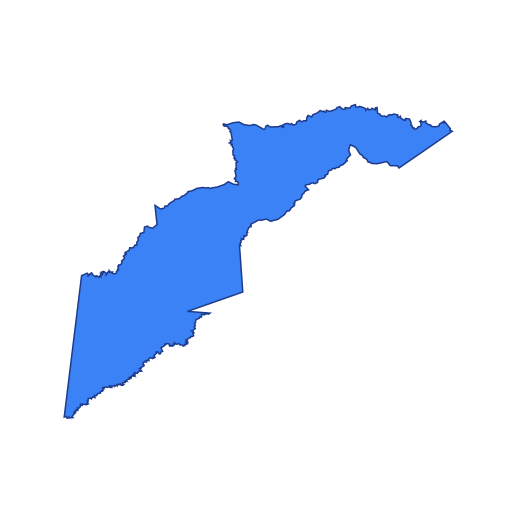 outline of La Montañita, Caquetá, Colombia, rotated 83°
{"feature_id": "7082276B18236401251587", "entity_name": "La Montañita", "entity_type": "district", "adm_level": 2, "iso_a3": "COL", "parent_name": "Colombia", "parent_adm1": "Caquetá", "projection": "robinson", "projection_center": [-75.265, 1.373], "detail": "fine", "context": "isolated", "style": "filled", "palette": "blue", "viewbox_px": 512, "rotation_deg": 83, "n_neighbors": 0, "source": "geoboundaries", "source_scale": "gbopen_adm2", "svg_char_len": 6130}
<svg xmlns="http://www.w3.org/2000/svg" viewBox="0 0 512 512"><g transform="rotate(83 256 256)"><path d="M120.9,272.0L121.5,272.6L123.4,271.7L123.3,270.2L124.5,268.1L126.3,267.8L126.4,266.7L128.3,265.9L129.3,266.8L130.0,265.8L138.0,265.4L138.8,266.0L138.3,267.1L139.6,266.6L140.5,268.6L141.0,267.4L142.6,267.1L142.4,266.0L143.9,266.3L147.2,265.1L148.8,266.2L153.1,266.4L154.2,264.9L156.0,266.0L157.0,264.6L157.9,265.3L160.2,262.8L161.0,264.5L165.9,264.8L166.8,265.7L167.8,264.8L168.7,266.5L174.5,266.0L176.7,268.1L177.7,266.7L179.4,267.3L180.0,265.3L181.1,264.6L183.1,264.9L182.0,269.7L178.9,274.4L181.2,278.7L182.8,286.0L183.2,293.9L182.2,295.3L182.5,296.9L181.5,300.5L181.7,306.5L183.5,311.7L183.8,315.6L185.3,316.8L187.4,320.3L187.7,322.5L189.7,325.1L189.8,329.8L190.9,330.3L193.2,335.4L195.6,337.8L195.3,340.2L197.4,341.4L197.6,345.2L193.4,350.1L212.7,350.4L215.8,355.2L214.3,359.1L213.1,360.0L213.7,363.2L219.0,364.4L219.5,368.1L222.1,369.0L223.1,371.0L226.0,370.9L227.8,372.6L230.7,373.0L230.3,374.6L232.9,377.0L232.5,380.4L235.0,381.2L236.5,385.4L238.0,384.7L238.0,385.7L238.7,385.2L240.0,387.6L241.1,386.7L242.5,387.1L244.7,390.1L246.3,389.9L247.8,391.0L248.4,392.3L248.0,393.1L249.6,394.4L250.4,393.8L252.6,395.0L253.1,394.3L254.5,396.5L255.8,396.6L256.5,397.9L256.2,399.5L255.4,400.8L254.5,400.2L254.2,402.5L252.8,403.4L254.3,403.5L253.6,404.6L256.3,406.9L254.8,406.7L252.7,409.1L253.1,411.0L253.8,410.4L253.9,411.3L254.6,411.1L254.4,410.3L255.7,411.0L254.5,412.4L257.9,412.5L256.9,413.6L258.1,414.5L256.3,416.2L256.3,417.4L257.1,417.6L255.0,420.2L252.0,421.5L253.6,421.4L253.6,423.2L255.1,424.2L255.2,425.1L254.3,424.5L252.5,425.6L254.2,431.5L392.5,466.0L392.0,464.2L393.6,463.5L393.1,462.0L393.9,462.6L394.1,457.4L392.9,458.2L391.0,456.0L389.2,455.6L389.9,454.8L389.4,453.7L389.3,455.0L388.0,454.6L388.4,453.9L387.5,453.4L387.5,452.5L386.6,452.9L387.0,451.5L385.0,451.6L385.6,450.7L384.8,449.3L382.4,448.5L383.3,448.1L381.8,446.9L382.8,446.4L382.0,445.7L382.9,442.5L382.5,441.2L382.1,442.2L381.6,440.7L379.5,441.2L379.6,440.3L377.1,440.0L376.9,437.3L377.8,436.9L375.9,435.2L376.9,433.1L374.8,433.3L375.1,431.3L373.3,429.9L373.1,427.1L371.9,427.0L371.3,425.3L370.2,425.4L371.3,424.8L370.5,424.0L368.4,424.3L368.9,423.0L367.9,423.4L367.6,420.8L368.3,419.9L368.0,417.7L367.3,417.3L368.7,416.8L368.8,415.8L368.1,416.7L367.1,415.3L367.7,414.6L367.3,412.5L368.2,412.2L367.0,410.0L368.0,409.5L366.2,408.4L367.0,407.3L366.5,406.2L367.8,405.7L368.1,403.9L367.5,403.0L366.8,404.3L365.9,403.8L364.9,401.9L365.6,402.0L365.5,401.1L364.0,400.5L364.4,399.6L363.8,400.0L362.6,397.9L362.9,396.7L361.4,396.7L362.2,395.1L360.9,394.3L360.7,395.3L359.8,393.3L360.5,391.4L359.9,391.9L359.5,390.5L358.6,390.8L358.6,391.7L357.8,390.3L357.6,391.2L356.8,390.8L358.0,388.2L356.0,386.0L356.3,384.1L355.6,384.8L355.5,384.1L354.9,384.6L353.5,383.9L353.3,384.9L351.3,380.5L350.4,380.4L349.7,381.6L347.9,380.8L347.7,379.2L346.7,378.7L347.8,377.5L346.2,376.9L346.7,375.1L345.8,375.5L344.1,373.4L344.7,372.1L344.2,369.7L344.9,370.2L344.5,368.7L342.7,369.5L340.3,366.6L339.3,366.9L339.0,365.4L341.3,364.2L341.4,362.7L339.9,362.5L339.3,360.3L335.5,361.5L334.1,358.1L332.0,356.7L332.1,355.8L332.8,356.2L332.0,354.5L332.6,353.1L334.1,352.9L334.3,351.3L334.9,352.0L335.3,349.8L334.2,347.9L333.4,348.5L333.2,347.3L332.3,347.3L333.8,345.9L333.8,342.7L335.0,342.3L335.2,340.5L336.5,339.3L335.7,338.2L336.2,337.6L335.1,337.4L335.0,335.2L334.2,334.4L333.5,335.8L333.0,334.6L332.4,335.9L331.8,335.1L330.8,335.6L331.3,334.5L329.7,333.5L328.9,330.9L328.0,330.7L328.1,328.4L327.3,327.6L325.0,328.0L324.6,327.0L322.7,328.9L322.8,327.6L321.4,326.8L320.7,325.1L318.6,325.9L317.8,324.7L315.4,325.3L315.0,324.2L312.1,323.6L310.7,319.7L309.6,319.1L310.0,317.6L307.4,317.1L308.0,314.4L307.0,314.0L307.7,312.8L307.1,311.9L307.9,310.3L307.1,308.7L302.6,330.8L290.1,273.5L243.5,271.1L243.9,269.9L241.4,270.3L240.6,269.1L238.7,269.2L238.0,267.6L237.2,268.1L237.9,266.2L234.4,265.4L235.2,264.5L234.2,262.4L231.9,262.4L231.6,261.5L231.0,261.9L227.1,259.9L226.6,258.5L225.2,257.8L225.8,257.2L223.7,257.0L220.5,248.6L221.2,246.7L220.6,240.9L223.3,237.4L222.3,229.8L218.3,222.6L215.3,220.1L215.1,217.2L212.4,215.1L211.0,212.1L209.8,211.4L208.6,212.3L208.0,210.9L206.2,210.7L204.8,205.0L202.9,203.3L200.9,203.0L199.6,200.9L197.7,199.7L196.7,195.8L192.6,198.8L191.4,197.7L191.3,194.0L190.1,191.5L191.4,188.7L190.5,186.1L187.6,184.9L186.9,179.2L185.6,177.4L184.4,177.7L183.6,175.0L180.4,173.7L179.7,170.5L178.4,169.5L179.0,166.8L178.1,165.7L178.0,162.7L176.3,161.0L176.1,158.9L173.7,155.4L172.6,155.1L172.7,153.9L170.6,154.2L167.2,149.9L162.2,151.2L157.0,148.8L160.5,143.7L167.3,140.5L169.5,137.9L171.1,137.6L173.5,134.3L176.5,133.2L177.0,131.1L178.1,130.3L179.2,124.7L178.2,114.6L182.7,111.7L183.7,104.5L186.1,103.4L156.1,46.0L154.8,48.4L153.4,47.5L145.1,52.8L145.4,53.6L146.7,53.2L146.0,55.0L147.3,57.6L149.2,58.7L149.7,61.1L149.0,65.6L146.9,67.2L146.7,68.9L144.3,71.2L142.8,71.0L143.4,73.8L142.7,75.5L141.6,75.6L142.5,77.1L143.1,76.3L145.7,76.1L147.4,76.8L147.5,79.1L149.4,81.2L149.3,83.3L147.9,83.6L147.8,85.2L145.3,85.3L145.0,86.3L142.3,85.9L138.8,87.0L137.7,90.6L138.4,91.4L139.4,91.1L139.6,92.1L136.8,95.5L134.9,95.7L135.8,97.7L135.1,98.6L133.3,98.0L131.8,102.2L132.4,103.3L132.1,107.0L133.9,109.4L132.8,111.1L132.4,114.5L130.0,116.0L129.1,118.0L123.4,117.7L123.5,119.4L125.5,119.8L123.5,123.1L124.7,124.4L124.6,126.2L123.0,127.1L124.8,129.2L122.9,129.5L120.8,133.2L120.1,135.1L120.8,137.4L120.3,138.8L117.9,138.8L118.6,142.9L120.7,144.8L119.6,149.4L121.1,149.2L120.9,152.2L118.0,154.6L118.5,157.4L119.7,158.3L120.6,160.9L121.5,165.2L119.9,168.4L121.6,169.0L121.8,170.1L120.4,170.9L120.7,172.8L119.4,174.5L121.5,177.8L122.8,182.6L124.8,183.7L122.8,187.2L124.6,188.6L127.9,189.4L127.6,192.2L128.4,194.3L126.6,196.3L128.0,199.2L130.0,200.0L130.6,203.3L128.8,204.5L129.7,206.1L128.3,208.1L128.3,210.8L129.5,214.0L131.2,212.7L131.7,213.4L129.8,216.0L130.4,218.0L129.7,226.1L127.6,228.7L128.5,230.5L131.1,231.5L131.4,232.6L126.1,239.9L125.1,242.9L125.9,245.8L124.2,251.8L121.0,256.5L120.9,262.1L122.2,269.1L120.9,272.0Z" fill="#3b82f6" stroke="#1e3a8a" stroke-width="1.5"/></g></svg>